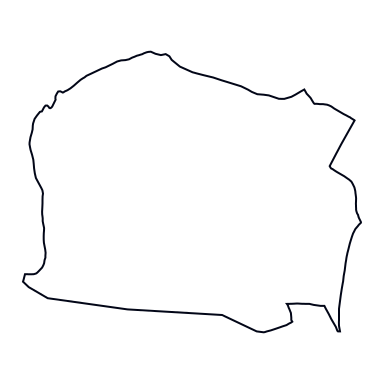 Reduit, Gros Islet, Saint Lucia
{"feature_id": "8701671B96547889187506", "entity_name": "Reduit", "entity_type": "district", "adm_level": 2, "iso_a3": "LCA", "parent_name": "Saint Lucia", "parent_adm1": "Gros Islet", "projection": "orthographic", "projection_center": [-60.961, 14.069], "detail": "fine", "context": "isolated", "style": "outline", "palette": "ink", "viewbox_px": 384, "rotation_deg": 0, "n_neighbors": 0, "source": "geoboundaries", "source_scale": "gbopen_adm2", "svg_char_len": 3484}
<svg xmlns="http://www.w3.org/2000/svg" viewBox="0 0 384 384"><path d="M304.3,89.5L302.7,90.4L300.9,91.4L295.5,94.6L291.4,96.8L284.2,98.9L278.9,98.8L268.8,95.4L263.6,94.7L257.3,94.2L251.8,91.9L248.1,89.7L241.1,86.3L233.0,83.8L228.5,82.4L221.6,80.3L213.2,77.5L203.3,75.1L196.3,73.3L194.2,72.7L192.6,72.3L179.9,66.6L171.7,59.9L169.4,56.3L165.7,54.1L160.9,55.1L155.5,53.8L150.8,51.7L148.4,51.9L146.6,52.3L143.9,53.3L142.2,54.2L140.4,54.7L138.9,55.2L136.9,55.7L134.4,56.8L132.2,57.6L129.0,59.3L125.4,60.1L121.1,60.4L117.1,61.5L112.6,63.9L109.9,65.2L106.4,66.9L105.6,67.3L102.0,68.5L98.2,70.3L94.6,72.0L90.8,73.8L86.5,75.8L84.5,77.4L82.9,78.3L80.6,79.8L77.3,82.6L73.8,85.7L70.5,88.3L67.5,90.2L64.6,91.5L63.4,92.4L62.5,92.5L62.0,92.1L60.2,91.3L58.2,91.5L56.9,93.5L55.5,96.3L55.4,98.7L55.6,99.7L52.2,106.6L51.2,107.7L50.1,108.2L49.2,107.8L48.4,106.5L47.1,105.5L45.5,105.6L44.0,107.4L42.5,110.3L41.9,111.4L40.5,111.7L39.9,111.9L37.0,115.5L34.6,118.9L33.1,123.5L32.8,125.6L32.6,129.4L31.8,132.8L30.5,137.2L29.6,142.3L29.5,144.3L29.6,144.8L30.1,147.6L30.6,150.0L32.1,154.9L33.3,159.7L33.7,163.6L34.1,168.4L34.8,173.2L35.9,178.0L38.1,182.1L41.3,188.0L42.4,190.3L43.0,193.6L42.6,196.3L42.5,200.0L42.5,203.4L42.3,208.0L42.1,211.7L42.2,214.6L42.4,215.8L42.7,218.3L42.7,221.2L43.2,223.8L44.0,227.6L44.1,228.1L44.0,230.8L43.8,233.0L43.7,236.1L43.7,239.5L43.9,242.7L44.5,245.9L45.2,249.5L45.6,252.8L45.4,255.7L45.4,257.7L44.6,260.0L44.1,263.3L43.3,265.3L42.1,267.6L40.5,269.3L38.8,271.1L37.3,272.6L36.1,273.5L33.7,274.2L29.8,274.3L27.0,274.2L25.0,274.2L24.0,278.1L23.7,279.3L23.2,281.1L23.0,281.7L23.9,282.5L28.7,287.1L47.7,298.2L127.5,309.4L222.1,315.0L256.7,331.4L263.7,332.3L264.8,332.1L266.9,331.4L270.8,330.4L275.6,328.8L279.7,327.4L282.5,326.4L286.5,325.1L288.0,324.2L288.6,323.8L291.2,322.5L292.3,321.7L291.3,320.0L291.3,317.6L290.9,313.0L289.3,309.0L288.8,308.0L287.8,305.2L286.9,303.9L291.8,303.8L297.4,303.5L302.1,303.8L309.5,303.9L313.7,304.9L320.8,305.9L324.4,305.9L325.8,308.7L328.8,314.1L331.3,319.1L335.9,327.0L337.3,330.7L338.0,331.4L340.0,331.4L339.0,325.9L338.9,322.2L339.0,320.0L339.0,315.6L339.0,311.0L339.0,308.8L340.8,295.0L341.4,291.2L341.8,288.6L342.5,284.6L342.8,282.9L343.1,281.5L343.7,276.0L344.0,274.3L344.7,270.5L345.6,263.1L346.1,260.3L346.4,258.1L346.8,255.9L347.2,254.3L347.3,253.5L348.4,249.3L349.8,243.6L350.4,241.6L351.9,236.8L353.1,233.4L353.8,232.1L355.3,229.1L357.2,226.8L355.8,228.5L357.6,226.4L359.0,224.6L360.8,222.9L361.0,222.2L360.1,220.3L359.1,218.3L358.5,216.9L358.5,216.5L358.2,215.8L358.1,215.0L357.1,213.4L356.4,211.2L356.1,209.8L356.1,208.4L356.0,206.5L356.0,205.4L355.9,203.8L356.0,201.6L356.1,198.4L356.0,197.1L355.7,194.7L355.5,193.4L355.3,191.2L354.9,189.4L354.4,187.4L354.1,186.8L352.9,184.3L352.2,183.0L351.3,181.5L350.9,181.2L349.1,179.6L347.3,178.4L344.2,176.2L342.8,175.4L337.1,172.1L335.5,171.1L333.4,169.7L332.5,169.0L332.1,168.9L331.2,168.5L330.9,168.1L330.5,167.6L330.2,167.1L330.0,166.5L329.7,166.1L336.6,152.9L337.0,152.2L339.8,146.9L341.4,143.9L347.4,133.2L354.6,120.4L354.3,120.1L353.8,119.9L352.8,119.2L351.1,118.2L350.0,117.3L348.8,116.8L346.3,115.4L343.7,114.1L341.5,112.8L338.6,111.1L334.3,108.6L332.5,107.3L331.2,106.4L330.5,106.1L329.3,105.5L327.1,104.7L324.1,104.3L322.9,104.1L320.9,104.1L319.6,104.1L318.0,103.9L316.5,103.8L315.4,103.8L314.8,103.9L313.9,103.4L313.7,103.0L312.9,101.8L311.5,99.5L311.3,99.1L310.9,98.4L310.3,97.6L309.3,96.5L306.5,93.5L306.2,92.8L304.3,89.5Z" fill="none" stroke="#020617" stroke-width="2"/></svg>